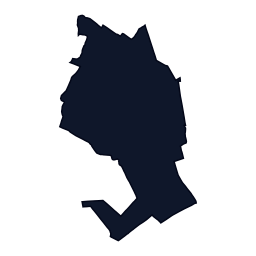 Njoro, Rift Valley, Kenya (Albers equal-area conic projection)
{"feature_id": "3690345B46950883953132", "entity_name": "Njoro", "entity_type": "district", "adm_level": 2, "iso_a3": "KEN", "parent_name": "Kenya", "parent_adm1": "Rift Valley", "projection": "albers", "projection_center": [35.95, -0.496], "detail": "fine", "context": "isolated", "style": "filled", "palette": "ink", "viewbox_px": 256, "rotation_deg": 0, "n_neighbors": 0, "source": "geoboundaries", "source_scale": "gbopen_adm2", "svg_char_len": 4290}
<svg xmlns="http://www.w3.org/2000/svg" viewBox="0 0 256 256"><path d="M185.5,125.3L185.2,123.9L184.9,122.4L184.0,116.6L183.9,116.1L182.9,110.2L181.9,104.5L180.8,98.7L180.3,96.1L178.8,85.2L178.4,82.7L178.2,81.2L180.3,81.2L180.2,79.3L180.0,77.8L175.7,80.3L167.5,66.0L165.1,65.4L162.6,64.0L158.8,61.8L156.3,60.4L155.9,59.0L155.5,57.7L154.9,55.7L153.6,51.9L152.5,48.3L151.3,44.7L150.5,42.2L149.3,38.5L148.3,35.3L147.0,31.6L145.8,28.0L145.0,25.2L143.9,26.2L142.1,27.1L140.7,28.1L139.2,28.8L138.7,29.7L138.2,30.6L137.7,31.8L137.2,32.6L136.5,33.7L135.8,34.5L135.3,35.4L134.6,36.6L133.1,38.1L131.4,39.3L130.5,38.9L129.1,37.9L128.1,37.2L123.6,33.9L122.4,33.6L121.5,34.8L120.3,36.2L118.9,35.3L117.7,34.5L116.0,34.1L111.4,30.9L106.9,27.7L103.0,25.2L102.4,26.4L101.4,27.9L99.6,26.5L98.9,25.9L97.9,25.1L97.1,24.3L95.4,22.9L91.9,20.2L89.9,18.7L87.4,17.9L85.3,17.7L83.9,16.1L82.4,15.4L80.8,15.6L79.9,16.0L79.3,16.2L78.5,16.5L78.1,18.2L77.7,19.7L77.6,21.6L77.7,23.0L77.4,25.0L78.1,26.9L78.6,28.2L78.6,29.3L78.7,30.7L78.5,32.0L78.3,33.7L78.4,35.3L79.4,34.3L80.8,34.3L82.5,34.7L84.9,34.9L86.6,35.6L87.4,36.6L87.2,37.9L86.6,40.0L85.8,41.8L85.3,42.8L84.9,45.0L83.9,45.9L83.5,47.1L82.9,48.5L82.3,50.3L82.2,51.8L82.0,53.3L80.8,55.4L80.1,57.3L78.9,58.0L77.7,58.9L76.4,59.1L74.9,58.9L72.7,58.6L71.9,60.5L71.2,61.7L70.1,62.5L73.9,63.9L80.3,66.5L78.5,70.0L77.0,72.0L75.7,73.6L72.3,76.6L71.5,77.9L70.9,80.1L69.6,83.1L68.5,85.7L67.0,89.0L66.1,90.9L65.1,91.8L62.9,94.1L61.5,95.5L60.7,98.5L61.4,100.3L62.5,101.0L63.8,101.4L64.3,102.2L64.1,103.1L63.6,104.0L63.3,104.4L63.0,105.0L62.3,106.5L62.1,108.7L61.7,111.6L62.1,113.7L62.2,114.1L62.4,114.9L62.9,116.0L63.1,116.6L62.5,118.5L61.8,120.3L60.7,124.2L60.4,124.9L60.1,125.9L59.8,126.7L61.0,127.3L62.5,128.0L67.3,129.9L68.9,130.6L70.2,132.0L75.8,135.6L82.9,139.2L84.5,140.1L86.6,141.2L87.9,141.8L89.1,142.5L89.7,143.3L90.3,144.1L91.6,145.1L91.9,146.2L94.6,150.2L95.7,151.7L96.9,153.1L98.9,153.9L100.5,154.5L102.2,154.5L103.1,154.7L106.8,155.0L109.9,155.2L111.3,155.8L111.6,156.8L111.7,157.4L111.8,157.9L112.0,158.5L112.2,159.0L112.5,159.4L112.9,159.6L113.3,159.8L114.0,159.8L114.9,159.7L115.5,159.5L115.9,159.4L116.5,159.2L117.0,159.1L117.6,159.0L118.0,159.5L118.5,159.8L119.0,160.2L118.9,160.9L118.7,161.4L118.9,162.0L119.0,162.8L119.0,163.5L119.1,163.9L119.3,164.3L119.5,164.7L120.4,165.4L120.8,165.6L121.5,166.0L122.6,168.1L123.3,169.6L123.9,171.0L124.8,172.6L125.4,174.0L127.0,177.7L128.2,179.8L128.5,180.4L129.5,181.9L130.2,183.4L131.8,186.6L133.2,189.4L134.4,191.8L135.1,193.4L136.1,195.4L136.5,196.7L137.2,198.2L134.1,201.7L133.5,202.1L128.9,207.4L126.6,209.9L126.1,210.3L125.5,210.9L125.0,211.5L124.1,212.5L123.8,212.9L123.2,213.6L122.6,214.2L121.6,215.4L121.1,215.8L120.8,216.2L115.4,211.4L114.7,210.9L112.2,208.6L106.6,203.6L102.9,200.5L99.7,200.7L95.7,200.9L90.1,201.2L86.8,201.4L82.1,201.8L82.2,202.2L82.3,202.6L82.4,203.3L82.5,203.9L82.6,204.4L82.7,205.0L82.8,205.4L82.9,205.9L83.0,206.4L83.0,206.8L86.7,206.6L88.8,206.4L90.7,206.3L91.7,207.7L92.9,209.3L93.8,210.3L97.5,214.9L100.2,218.4L102.2,220.9L103.6,222.6L104.9,224.3L105.7,225.3L106.3,226.1L107.4,227.5L108.7,228.9L109.9,230.7L110.4,232.4L110.8,233.2L110.8,233.8L110.8,234.4L110.6,235.5L110.4,236.5L111.7,237.3L112.2,237.5L118.3,240.6L118.9,240.2L119.3,239.9L120.0,239.4L121.6,238.2L124.7,235.9L125.3,235.4L126.2,234.7L126.7,234.2L127.2,233.9L127.6,233.8L128.1,233.4L129.0,232.5L129.6,232.0L131.9,230.2L133.3,229.2L134.3,228.3L135.8,227.2L136.4,226.7L139.3,224.5L142.9,222.2L146.3,219.8L152.1,214.9L152.7,215.5L153.3,216.4L154.0,216.9L156.7,219.0L158.2,220.1L159.6,221.6L160.2,222.1L160.8,222.9L166.4,219.3L170.3,216.6L171.6,215.7L172.9,214.9L179.3,211.4L184.4,208.7L190.2,205.9L191.5,205.3L191.9,205.0L192.5,204.7L193.0,204.4L193.3,204.1L193.9,203.8L194.7,203.4L195.3,203.2L196.2,203.0L195.9,201.2L195.0,199.6L193.3,196.9L192.2,195.4L190.9,193.3L188.9,190.8L187.8,189.5L186.8,188.2L185.5,186.4L182.4,182.7L180.8,180.0L178.1,175.2L176.9,171.3L175.9,167.9L175.1,165.2L174.5,163.0L174.0,161.5L183.4,158.3L182.3,153.7L181.9,152.2L181.3,150.6L181.0,149.0L180.8,147.8L180.3,146.2L183.4,144.0L186.1,142.9L186.4,141.4L186.0,139.4L185.7,138.1L185.3,136.7L185.2,135.2L185.0,133.6L185.3,132.0L185.5,129.6L185.5,128.1L184.9,127.1L184.2,125.4L185.5,125.3Z" fill="#0f172a" stroke="#020617" stroke-width="1.5"/></svg>